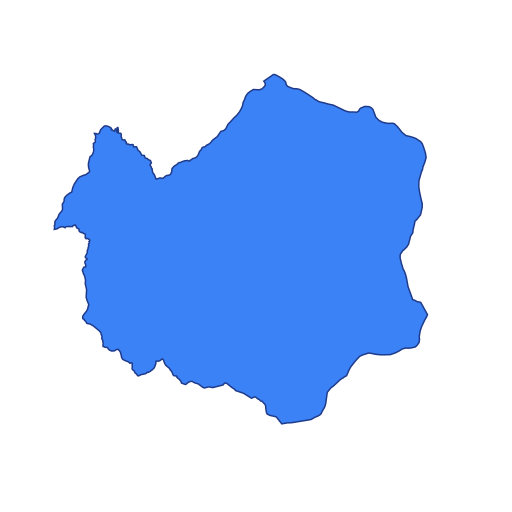 outline of La Cruz, Nariño, Colombia, rotated 346°
{"feature_id": "7082276B65589798073625", "entity_name": "La Cruz", "entity_type": "district", "adm_level": 2, "iso_a3": "COL", "parent_name": "Colombia", "parent_adm1": "Nariño", "projection": "orthographic", "projection_center": [-76.964, 1.581], "detail": "fine", "context": "isolated", "style": "filled", "palette": "blue", "viewbox_px": 512, "rotation_deg": 346, "n_neighbors": 0, "source": "geoboundaries", "source_scale": "gbopen_adm2", "svg_char_len": 6012}
<svg xmlns="http://www.w3.org/2000/svg" viewBox="0 0 512 512"><g transform="rotate(346 256 256)"><path d="M305.9,88.2L306.7,90.8L306.2,92.7L305.1,93.6L302.2,95.3L299.2,95.5L293.7,93.8L290.0,95.0L287.5,96.1L285.4,97.8L284.3,99.0L282.6,101.6L280.6,104.0L279.4,106.8L277.4,109.4L275.0,112.0L271.7,114.6L267.5,117.0L263.7,119.6L260.8,121.3L257.5,125.2L255.1,126.5L252.0,126.6L247.3,130.8L242.7,132.7L241.1,133.6L240.2,134.5L238.8,135.4L237.4,136.0L234.6,136.6L233.3,137.6L230.8,137.6L229.7,138.1L228.4,139.7L226.6,140.8L224.0,144.3L222.3,145.6L220.2,146.2L218.3,146.1L216.0,147.1L215.3,147.1L214.5,147.8L213.4,147.4L212.7,146.7L209.9,146.4L207.6,146.5L205.8,146.9L204.1,146.8L202.9,147.1L201.1,148.2L198.5,148.9L195.7,150.8L194.6,153.8L192.8,156.1L191.5,156.5L188.3,156.3L184.7,158.0L183.9,158.0L181.8,157.0L179.7,157.2L177.6,157.1L177.0,152.1L176.3,151.2L176.1,150.2L176.0,148.8L176.3,146.1L175.9,145.4L175.8,143.8L175.2,142.3L175.3,141.7L177.0,140.4L176.7,138.0L176.4,137.6L174.8,136.4L174.1,135.1L172.3,134.2L172.1,133.9L172.0,131.5L169.7,130.7L169.2,129.3L168.8,127.2L167.1,124.7L166.6,121.4L166.0,120.9L163.9,120.7L163.6,120.2L163.8,118.6L163.4,118.1L162.6,117.8L160.7,117.7L159.2,116.5L158.6,116.4L157.5,115.8L157.4,115.5L157.8,114.2L157.1,113.4L156.9,111.7L156.5,111.4L155.1,111.3L154.3,110.7L154.1,107.3L154.7,105.3L154.6,104.5L154.0,104.0L152.8,103.8L152.3,103.0L152.9,100.6L153.1,98.0L152.6,97.8L152.1,98.2L152.0,101.8L151.6,102.7L151.3,102.8L151.0,102.1L151.3,99.9L150.4,98.7L149.9,98.9L149.1,100.7L147.6,99.9L147.5,99.4L146.9,98.8L146.7,98.1L146.3,98.3L146.5,97.0L144.8,95.1L142.6,93.7L140.9,93.2L139.9,93.4L135.9,95.8L133.7,98.8L132.8,99.3L131.2,99.3L130.4,98.4L128.9,98.0L129.3,99.5L129.3,101.2L129.0,102.6L128.0,104.3L127.9,106.0L127.5,106.8L125.9,107.2L125.3,107.7L125.2,109.5L124.5,110.9L124.4,113.4L123.5,115.7L121.5,118.3L120.6,118.9L119.3,119.3L118.8,119.8L116.0,125.1L115.3,127.4L115.0,129.6L115.1,133.3L114.6,134.2L110.8,135.8L110.0,136.0L108.5,135.9L104.2,136.6L101.8,137.9L97.3,142.0L94.9,145.1L92.6,149.5L91.0,149.7L87.9,150.9L85.3,152.4L84.6,153.0L83.8,154.0L82.9,156.7L80.6,158.9L79.6,163.9L78.4,165.4L75.1,167.8L72.7,171.2L69.9,173.2L69.2,174.1L68.7,175.2L68.8,176.4L67.6,177.8L67.5,179.5L66.7,181.4L69.6,181.5L72.3,180.6L74.5,180.6L76.0,181.0L77.6,182.4L78.7,181.6L79.4,181.6L85.1,183.1L85.4,182.7L86.1,182.2L87.9,182.0L88.0,182.7L88.8,183.5L88.7,184.7L88.8,185.3L90.5,186.7L90.5,189.2L90.8,189.8L92.3,191.1L93.2,191.1L94.0,192.4L95.5,193.3L95.6,194.2L94.7,196.6L95.1,197.9L95.3,198.1L97.1,198.4L98.6,200.3L98.1,201.4L97.5,201.5L97.6,202.8L96.3,204.0L96.3,205.3L95.3,207.0L94.7,208.5L93.6,209.9L93.1,211.9L90.1,215.4L90.2,216.4L91.2,217.6L91.4,218.2L89.5,219.2L88.5,220.4L88.3,221.4L88.6,223.3L88.2,225.3L86.3,225.2L86.0,225.4L84.3,227.4L84.0,228.2L84.2,229.6L84.3,232.0L84.8,233.4L84.8,237.1L84.6,238.7L83.6,241.5L83.5,247.7L81.2,255.0L81.4,258.9L82.0,262.5L79.7,266.8L78.6,268.2L74.8,271.1L73.2,272.7L72.8,274.9L74.0,275.9L74.0,276.8L75.0,278.4L75.5,280.3L75.8,280.6L78.6,281.9L81.2,284.4L85.9,290.8L86.7,292.5L86.9,293.2L86.8,294.4L87.1,296.9L86.3,299.0L87.0,301.1L86.6,301.8L86.7,303.4L86.0,305.3L85.7,306.8L86.4,307.1L87.6,308.2L89.1,308.6L89.7,309.0L90.0,309.5L90.2,310.6L91.0,311.8L93.0,313.3L95.6,313.8L98.1,313.0L99.7,313.2L101.1,316.2L101.2,318.4L101.1,322.0L101.6,323.8L103.0,325.3L106.8,328.0L107.6,329.5L107.8,329.6L109.1,329.4L109.9,329.9L109.8,331.1L109.3,332.1L109.2,333.5L108.6,334.9L108.6,336.2L110.1,338.3L110.4,340.2L111.5,341.5L112.1,343.3L112.8,343.9L116.1,343.3L120.1,343.5L121.5,343.1L122.1,342.5L123.2,342.9L125.0,342.5L128.1,341.2L130.3,339.8L132.6,336.5L133.5,333.9L135.3,334.3L137.2,334.4L140.2,333.1L141.0,334.2L141.4,338.0L142.0,340.2L144.9,344.2L145.3,346.1L146.2,347.3L146.9,351.6L147.6,352.4L150.0,353.3L150.2,354.0L149.9,354.7L151.6,356.9L152.2,358.2L152.9,359.7L152.9,361.2L156.4,363.6L156.8,363.6L159.6,362.3L160.7,362.0L162.4,361.9L163.6,362.2L165.9,364.3L169.1,366.2L172.6,370.6L174.1,371.6L178.2,371.5L179.5,371.9L181.8,373.1L183.4,373.2L192.1,373.2L193.3,373.0L194.0,372.1L194.6,371.8L196.1,372.0L196.8,372.5L200.9,377.9L202.7,379.7L203.7,381.7L210.6,386.1L217.2,392.9L220.4,392.4L221.2,392.5L221.8,393.1L223.0,394.9L224.7,396.4L225.3,397.7L226.7,398.4L228.6,401.8L229.1,403.1L228.4,408.4L228.3,410.6L228.5,411.8L229.0,412.4L230.9,414.0L236.7,416.9L240.4,425.1L246.0,425.5L250.4,426.4L268.5,427.9L270.2,427.9L274.2,426.7L277.7,426.2L279.9,425.5L281.2,424.6L282.4,423.0L285.6,419.7L286.7,418.2L288.0,415.9L292.1,405.7L292.6,405.2L296.7,402.1L300.0,400.7L308.3,396.1L311.3,395.3L312.9,394.5L314.9,394.1L319.2,388.5L321.0,386.6L326.9,382.0L332.4,378.4L336.0,377.7L339.5,377.6L341.4,377.3L343.7,378.1L348.7,380.5L354.0,382.3L362.5,384.2L368.0,383.7L372.2,382.7L375.3,381.6L378.9,381.5L381.6,382.3L383.9,382.7L388.4,382.8L390.3,381.9L393.2,379.5L394.4,376.7L395.0,373.4L397.2,368.4L399.6,364.6L404.2,359.0L406.9,356.2L408.2,354.3L404.6,340.8L401.2,339.2L399.6,337.6L397.5,336.2L396.1,322.6L396.7,313.1L396.6,309.7L396.2,306.2L395.6,304.4L395.3,297.9L395.4,292.5L396.3,289.4L399.8,286.2L400.8,285.9L404.4,283.8L406.9,281.4L410.7,274.3L413.8,271.3L414.7,268.7L417.7,262.9L418.5,260.8L421.3,259.2L425.6,255.8L426.1,254.9L429.0,249.1L430.0,245.1L429.9,241.5L430.2,233.3L430.7,228.2L432.3,222.4L437.0,214.2L438.3,212.7L439.4,210.2L442.7,205.5L444.9,201.6L445.3,196.9L444.9,190.6L444.4,187.0L443.5,185.0L439.7,180.8L437.5,179.2L434.1,177.2L430.7,175.5L427.7,171.6L424.7,165.0L422.3,161.2L420.9,160.3L415.9,159.2L411.0,156.8L408.0,154.0L405.9,150.5L404.9,142.0L403.5,139.8L401.7,138.4L397.9,137.2L394.8,137.6L393.5,137.8L392.1,138.5L390.7,140.2L389.0,140.7L388.0,140.8L386.4,140.1L381.9,139.0L380.0,138.2L377.6,136.7L367.5,128.3L362.4,125.8L358.8,123.7L356.4,122.6L353.7,120.9L352.5,119.4L351.5,118.8L349.4,116.0L345.2,111.4L341.9,108.0L339.7,105.9L338.1,104.6L335.7,103.5L332.6,102.6L328.1,99.4L327.2,98.1L326.7,96.5L327.0,95.1L326.3,92.9L324.3,90.2L319.4,85.4L318.1,84.5L316.8,84.1L305.9,88.2Z" fill="#3b82f6" stroke="#1e3a8a" stroke-width="1.5"/></g></svg>